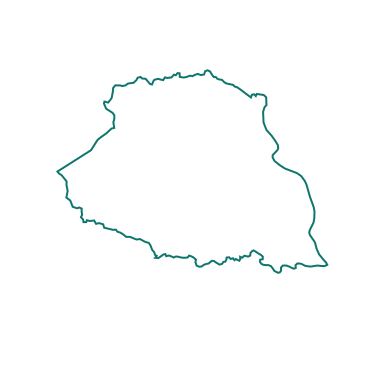 the district of Capão do Leão, Rio Grande do Sul, Brazil, rotated 330°
{"feature_id": "56859067B74187355955260", "entity_name": "Capão do Leão", "entity_type": "district", "adm_level": 2, "iso_a3": "BRA", "parent_name": "Brazil", "parent_adm1": "Rio Grande do Sul", "projection": "equal_earth", "projection_center": [-52.541, -31.849], "detail": "fine", "context": "isolated", "style": "outline", "palette": "teal", "viewbox_px": 384, "rotation_deg": 330, "n_neighbors": 0, "source": "geoboundaries", "source_scale": "gbopen_adm2", "svg_char_len": 2977}
<svg xmlns="http://www.w3.org/2000/svg" viewBox="0 0 384 384"><g transform="rotate(330 192 192)"><path d="M272.7,322.7L272.8,320.2L271.9,315.8L270.9,309.5L271.6,303.2L273.3,297.1L272.6,288.0L273.3,285.7L274.8,284.0L282.0,279.2L284.8,275.9L288.5,269.8L289.9,265.7L291.6,255.8L294.9,242.6L295.2,238.5L294.9,236.1L294.5,232.7L292.4,228.2L284.2,218.1L281.4,212.6L279.0,206.5L279.1,202.4L280.3,200.4L287.0,198.4L288.5,197.3L289.8,194.3L289.7,189.6L289.1,183.0L287.5,175.5L288.7,167.6L293.6,158.2L297.1,154.9L300.0,153.9L303.6,147.0L302.6,143.8L297.1,139.5L295.2,140.8L294.7,138.5L292.5,137.7L290.3,139.6L285.2,127.5L283.2,123.4L281.8,122.2L281.1,119.7L278.6,117.5L275.9,115.0L274.9,113.2L274.0,109.8L271.9,108.2L270.5,106.5L270.1,104.3L268.4,103.4L268.0,101.2L267.9,96.7L266.4,94.4L263.8,94.0L261.2,96.3L258.2,95.2L256.0,92.6L252.3,91.9L250.5,92.0L248.5,90.3L244.6,89.6L242.0,88.7L239.0,86.2L240.6,83.0L238.9,81.8L236.4,82.8L235.0,81.4L231.5,82.5L227.4,80.8L226.0,79.2L222.9,80.7L219.1,77.0L215.5,76.0L213.8,76.8L211.1,78.9L209.6,77.4L209.0,74.1L208.5,70.8L205.6,68.8L204.9,66.6L202.0,65.9L199.8,67.3L196.0,68.2L190.9,66.1L187.5,66.4L184.5,65.3L183.1,63.8L178.9,61.3L175.7,62.5L173.4,65.8L169.4,70.4L167.5,71.3L164.1,72.6L161.4,69.9L160.0,71.3L159.3,76.9L162.7,83.5L163.1,86.6L161.4,89.7L158.7,92.4L156.7,97.6L154.0,96.8L147.0,98.4L142.5,98.8L138.8,99.2L136.0,99.8L125.4,105.3L85.7,107.0L86.1,109.6L87.5,112.2L88.7,120.2L86.9,122.9L84.8,129.0L80.4,134.0L82.3,138.5L81.3,145.2L84.4,148.7L86.4,148.9L88.2,151.2L86.8,153.4L85.4,156.9L83.2,158.3L83.9,161.3L83.0,163.9L85.3,165.2L86.9,163.9L88.7,165.8L90.7,166.8L93.0,167.7L93.0,171.6L96.0,172.5L98.9,175.6L98.1,179.1L100.7,181.5L104.7,185.3L107.3,186.6L107.5,189.0L109.6,191.3L111.5,195.0L112.5,197.9L115.9,199.9L120.2,205.4L123.4,206.7L126.4,211.6L129.2,214.6L129.3,217.6L128.6,222.3L129.2,225.4L128.5,227.7L129.5,229.7L127.2,230.5L129.8,232.4L133.6,232.1L136.0,231.8L137.9,232.5L137.6,234.7L140.3,235.5L141.9,237.4L143.4,239.6L145.3,239.7L147.0,240.5L148.6,242.2L151.0,244.2L153.7,245.8L155.8,246.5L157.7,245.6L159.4,247.6L160.6,249.5L161.6,252.6L159.9,254.4L159.2,258.0L160.8,260.3L163.0,261.3L165.8,261.0L168.2,261.4L170.6,262.2L172.9,261.8L174.9,261.5L176.5,262.8L177.9,265.7L179.5,268.6L182.1,269.3L184.3,268.2L186.0,269.0L188.0,267.7L189.2,266.1L191.4,267.0L192.1,269.4L194.3,269.8L194.7,272.3L196.4,271.9L197.5,273.6L198.6,275.2L200.3,274.2L201.3,272.2L202.6,274.0L205.5,273.4L208.3,276.0L210.6,276.2L212.1,274.1L214.3,273.3L216.2,273.4L217.6,276.0L218.9,278.7L220.2,280.9L221.0,283.3L219.6,285.6L217.2,284.7L215.9,286.4L216.2,288.9L217.3,290.7L219.3,292.2L221.5,293.4L223.3,295.6L223.7,298.5L223.9,301.6L226.1,305.0L227.8,305.5L229.7,304.8L231.2,302.0L233.8,301.1L236.9,302.8L239.0,305.3L240.7,308.0L242.0,309.4L244.0,309.6L245.0,307.2L247.4,306.6L249.8,308.0L251.2,309.5L253.0,312.4L255.6,314.6L257.7,316.0L261.4,317.4L264.2,318.6L266.9,320.7L269.9,322.5L272.7,322.7Z" fill="none" stroke="#0f766e" stroke-width="2"/></g></svg>